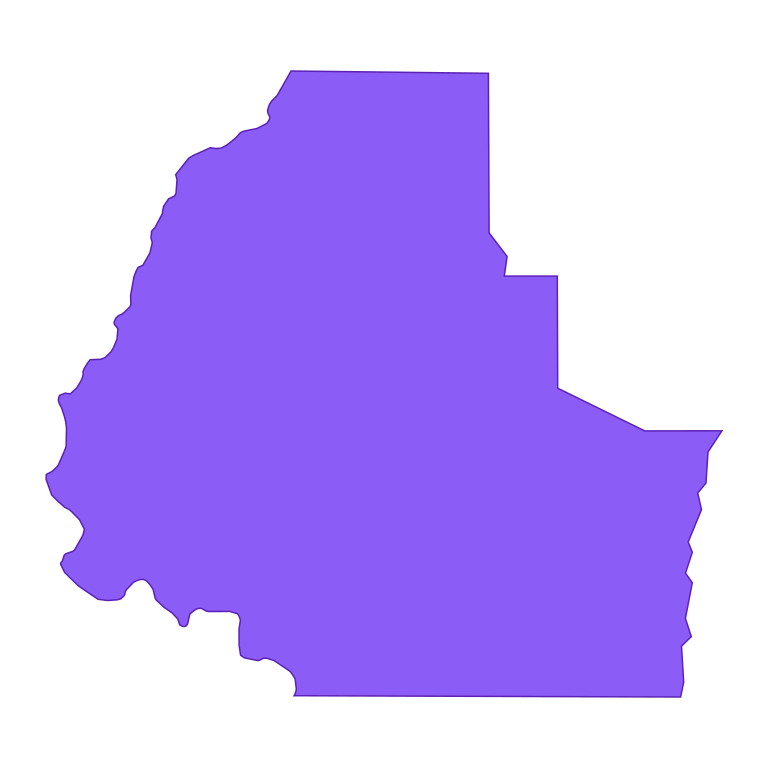 Washington, Idaho, United States of America
{"feature_id": "52423323B25623901104866", "entity_name": "Washington", "entity_type": "district", "adm_level": 2, "iso_a3": "USA", "parent_name": "United States of America", "parent_adm1": "Idaho", "projection": "natural_earth1", "projection_center": [-117.012, 44.496], "detail": "fine", "context": "isolated", "style": "filled", "palette": "violet", "viewbox_px": 768, "rotation_deg": 0, "n_neighbors": 0, "source": "geoboundaries", "source_scale": "gbopen_adm2", "svg_char_len": 2297}
<svg xmlns="http://www.w3.org/2000/svg" viewBox="0 0 768 768"><path d="M62.5,560.7L60.8,562.9L60.6,564.2L64.7,572.5L78.2,585.7L81.8,588.3L98.1,599.3L107.6,600.5L117.4,599.8L120.9,598.8L124.2,595.6L124.8,594.4L125.2,591.9L126.4,589.7L133.5,582.3L135.6,581.1L140.2,579.5L143.1,579.4L145.5,580.2L146.9,581.2L149.6,584.2L152.4,588.3L153.2,589.7L155.1,598.0L156.1,599.9L164.1,607.4L172.0,612.8L177.7,618.9L179.7,624.7L182.2,626.3L184.4,626.5L186.5,625.7L187.6,623.7L189.9,613.9L194.6,610.2L197.4,608.6L200.5,608.3L202.1,608.7L205.8,610.9L208.1,611.5L219.6,611.5L229.7,611.4L237.6,613.8L239.2,616.4L240.4,620.3L239.0,629.2L239.1,645.4L240.6,655.2L243.8,657.6L245.0,658.0L257.9,660.6L259.5,660.3L262.9,658.4L266.6,658.2L273.8,660.4L290.0,671.3L291.9,673.7L295.1,678.8L296.3,688.8L296.1,690.7L295.0,694.2L294.1,695.7L613.5,696.8L680.6,697.0L683.7,682.1L681.5,646.1L691.3,636.6L685.4,618.4L692.3,582.8L685.5,573.1L692.3,552.3L688.2,541.9L701.5,509.6L697.7,493.0L706.0,483.0L708.0,452.0L721.9,430.8L644.7,430.9L557.7,388.2L557.3,276.1L504.3,276.1L507.1,256.5L489.1,232.9L488.4,73.3L291.0,71.0L287.6,77.1L277.1,95.6L271.7,101.0L269.5,104.3L267.7,109.7L267.6,111.5L268.1,113.6L269.7,116.8L269.8,117.8L269.0,120.2L267.0,123.2L265.5,124.1L256.7,128.6L244.0,131.1L241.1,132.3L239.6,133.5L236.1,137.6L229.9,142.7L226.0,145.6L221.0,148.1L215.9,148.5L210.4,147.7L192.9,155.6L188.6,158.3L175.7,174.6L177.0,179.6L176.0,193.2L174.6,196.0L168.6,198.8L163.6,206.3L162.6,211.3L162.4,213.6L155.0,227.5L151.6,231.2L151.0,237.9L152.3,242.7L149.9,253.0L142.8,265.3L138.1,267.3L135.9,271.6L134.0,276.6L130.6,295.5L130.9,304.5L130.0,306.6L124.3,312.3L121.4,314.4L118.2,315.8L115.7,318.3L114.1,322.2L114.3,324.2L117.9,328.7L117.0,339.2L113.4,347.8L111.1,351.7L104.9,357.7L100.5,359.3L90.2,359.7L87.5,363.1L84.3,368.4L83.0,371.6L83.2,374.4L82.4,377.6L81.1,380.7L76.8,387.8L70.6,393.6L69.0,393.8L65.3,393.1L59.7,395.3L59.0,396.6L58.4,399.2L58.5,401.2L59.5,404.2L61.5,407.6L64.8,417.7L65.8,422.5L66.5,427.7L66.1,446.6L63.8,452.5L58.7,464.2L57.6,466.2L52.0,471.5L46.3,474.4L46.1,479.4L51.7,495.0L56.9,500.3L64.8,507.4L69.3,509.6L71.9,511.9L78.8,519.0L79.6,519.9L84.2,528.8L84.2,530.2L82.9,535.1L82.5,536.0L74.5,550.1L72.9,551.3L66.0,553.7L64.8,554.5L64.1,555.4L62.5,560.7Z" fill="#8b5cf6" stroke="#5b21b6" stroke-width="1.5"/></svg>